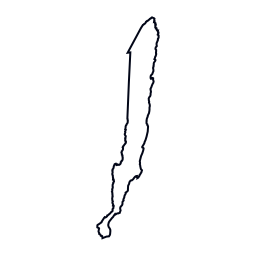 Skeiða- og Gnúpverjahreppur, Suðurland, Iceland (Natural Earth projection), rotated 308°
{"feature_id": "244011B10209439874100", "entity_name": "Skeiða- og Gnúpverjahreppur", "entity_type": "district", "adm_level": 2, "iso_a3": "ISL", "parent_name": "Iceland", "parent_adm1": "Suðurland", "projection": "natural_earth1", "projection_center": [-19.543, 64.398], "detail": "fine", "context": "isolated", "style": "outline", "palette": "ink", "viewbox_px": 256, "rotation_deg": 308, "n_neighbors": 0, "source": "geoboundaries", "source_scale": "gbopen_adm2", "svg_char_len": 5644}
<svg xmlns="http://www.w3.org/2000/svg" viewBox="0 0 256 256"><g transform="rotate(308 128 128)"><path d="M187.1,81.4L189.0,83.3L164.9,100.3L134.9,121.8L134.9,122.1L134.0,122.9L133.9,123.1L133.6,123.3L133.5,123.5L132.6,124.0L131.9,124.5L130.1,124.6L129.4,124.9L128.7,124.8L127.8,125.2L127.5,125.3L127.2,125.6L126.1,126.3L125.2,126.6L125.2,126.9L125.2,127.4L124.5,127.5L124.2,127.7L123.5,127.8L122.9,128.6L121.1,129.2L120.4,130.4L120.4,130.6L120.3,131.1L119.7,131.6L118.5,131.9L118.3,132.0L118.3,132.3L117.8,132.4L117.6,132.5L117.4,132.9L116.5,133.4L116.0,134.1L116.2,134.5L115.8,135.0L114.5,135.5L114.2,135.3L113.4,135.5L112.7,135.4L111.6,135.5L110.7,135.4L110.2,135.5L110.3,135.7L110.2,135.8L109.4,135.8L109.3,136.1L108.8,136.7L107.8,137.3L106.2,137.5L105.7,137.4L105.0,137.9L104.5,138.0L104.3,138.4L104.4,138.5L103.8,139.2L103.2,139.6L103.3,140.0L103.2,140.2L102.7,140.6L102.7,140.8L101.8,141.4L101.7,141.6L101.7,141.8L100.9,142.5L100.4,142.7L100.0,143.1L99.1,143.4L98.4,143.4L98.2,143.2L97.7,143.5L96.6,143.3L96.1,143.8L95.2,144.1L94.8,144.1L94.6,144.0L93.8,143.9L93.4,143.6L93.2,143.1L92.9,142.9L92.9,142.3L92.0,142.1L91.8,141.9L92.3,141.5L92.4,141.3L92.2,141.0L92.4,140.4L92.2,140.3L91.7,140.4L91.4,140.2L91.2,139.8L88.9,140.4L88.6,140.7L87.0,141.4L85.8,141.3L85.2,141.9L84.6,142.0L84.5,142.4L84.0,142.7L83.3,143.4L82.7,143.6L82.1,143.9L81.9,144.3L81.5,144.5L81.2,145.3L79.8,146.5L79.5,147.0L78.1,147.9L78.4,148.4L78.1,148.5L77.9,149.0L77.6,149.3L77.6,149.6L77.4,149.8L76.9,150.0L76.0,150.0L75.6,150.1L75.3,150.5L74.1,150.7L73.3,151.2L73.1,151.4L72.6,151.7L72.4,152.1L71.8,152.6L70.9,152.9L70.6,153.2L70.0,153.2L69.1,154.1L68.2,154.6L67.9,154.6L67.7,155.1L67.2,155.5L67.1,155.8L66.1,156.5L65.7,157.1L65.0,157.5L64.8,157.9L64.5,157.9L64.1,158.1L63.5,158.6L63.1,158.7L62.5,159.1L61.8,159.8L61.6,160.1L61.0,160.5L60.9,161.2L59.5,161.7L59.4,162.0L59.0,162.4L58.8,163.1L58.2,163.7L57.6,163.9L57.7,164.2L58.0,164.3L57.8,164.8L56.7,165.1L56.1,165.7L55.9,165.8L54.5,165.8L53.2,166.9L52.1,166.8L51.3,166.5L49.7,166.5L48.1,166.1L47.5,166.1L47.2,165.9L46.6,165.8L46.2,165.5L45.8,165.8L45.6,165.9L44.2,165.6L43.6,165.3L43.5,164.6L43.4,164.6L42.6,164.5L38.3,164.9L37.9,164.9L37.4,165.2L34.1,164.2L32.9,163.7L32.4,163.8L30.8,165.0L30.9,165.7L31.2,166.5L31.1,167.0L28.4,168.4L27.9,169.1L27.5,170.0L26.8,170.4L27.0,171.9L26.6,172.5L26.3,172.8L26.3,173.0L26.4,173.3L26.9,173.9L26.9,174.2L26.4,174.6L26.0,175.3L25.5,175.7L27.2,176.7L27.8,177.1L29.2,177.9L30.9,179.7L32.3,179.6L33.2,179.3L33.7,179.0L36.0,177.5L36.9,176.7L37.3,176.0L37.6,175.4L38.1,173.8L38.9,172.6L39.6,172.0L41.7,171.0L42.9,170.8L47.3,170.8L47.8,170.9L48.8,171.0L50.4,170.8L52.1,170.8L51.9,171.2L51.9,171.3L53.6,171.9L54.6,172.6L54.9,173.1L55.8,173.4L56.0,173.7L58.5,172.9L59.5,171.6L60.5,170.9L61.1,170.7L63.6,170.8L64.1,170.7L65.0,170.2L66.3,169.2L66.8,169.1L68.1,169.2L68.4,168.7L69.0,168.3L70.1,168.0L70.8,167.9L72.0,167.2L73.0,166.8L73.7,166.8L75.0,166.5L75.2,166.4L75.6,165.9L77.7,166.5L78.6,166.4L79.0,166.2L80.3,165.2L80.7,165.0L81.3,164.5L82.7,163.6L84.5,163.3L85.2,163.0L85.9,162.6L86.7,162.4L88.1,162.4L88.8,162.8L89.0,163.2L90.7,163.6L92.8,163.5L94.0,163.6L94.7,163.8L95.3,164.2L95.6,164.5L94.9,164.8L94.7,165.0L94.8,165.4L94.7,165.8L94.8,166.1L94.4,166.3L95.1,166.6L97.0,166.5L97.9,166.1L98.7,166.2L100.2,165.9L101.2,165.9L102.2,165.4L103.1,165.2L103.4,164.8L103.5,163.7L103.9,163.0L105.6,161.0L106.2,160.5L106.7,159.6L107.8,159.1L109.1,157.7L109.8,157.4L113.9,155.6L117.0,154.8L119.7,153.8L121.3,153.0L121.6,152.8L121.7,152.4L121.7,152.1L121.5,151.2L121.9,150.8L125.2,150.4L126.2,150.2L127.2,149.7L129.3,149.2L132.7,147.9L137.4,145.7L139.3,144.4L141.4,143.0L141.9,142.4L142.0,141.7L142.8,141.0L142.9,140.1L143.2,139.6L144.0,139.0L145.0,138.4L145.0,138.2L147.0,137.1L149.1,136.5L149.9,136.0L152.9,135.3L153.8,134.7L154.4,134.5L156.2,133.3L157.1,132.5L158.7,131.7L159.2,131.3L159.8,130.7L160.7,129.4L160.9,128.9L162.0,128.3L162.5,127.5L164.1,126.1L165.5,125.8L166.6,125.9L167.3,125.7L168.1,125.3L169.3,124.4L170.1,124.1L170.9,123.6L171.5,122.8L172.1,122.3L172.5,121.7L174.8,121.2L176.1,120.7L178.1,120.2L179.2,120.1L180.6,119.4L181.5,118.0L182.7,117.2L182.7,116.9L182.5,116.4L182.2,116.1L181.8,116.0L181.1,116.0L180.9,115.8L181.3,115.0L182.7,114.0L183.5,113.7L185.5,113.9L185.9,113.8L186.9,113.4L188.5,113.0L190.0,111.7L190.2,111.4L190.7,110.8L191.1,110.6L192.1,110.4L192.4,109.9L193.6,109.5L193.8,109.3L194.0,109.0L195.0,108.4L195.7,108.2L197.7,108.1L198.3,107.9L198.6,107.6L198.5,106.4L199.8,106.1L201.1,105.5L202.0,105.5L202.6,105.1L203.3,104.9L203.8,104.6L203.9,104.3L204.5,103.7L205.4,103.2L206.2,102.6L206.8,102.2L207.0,101.7L207.0,101.3L207.2,101.0L207.7,100.6L208.7,100.2L209.9,100.3L210.2,100.3L210.5,100.1L210.9,99.5L212.3,98.4L212.8,98.2L215.5,97.5L215.6,97.3L216.4,97.0L216.6,96.7L216.8,96.6L217.7,96.6L218.0,96.5L219.7,95.2L219.8,95.1L219.7,94.7L220.0,94.3L219.9,93.9L220.4,93.7L221.5,93.6L222.1,93.1L222.0,92.7L222.3,92.4L222.4,92.1L222.7,91.8L223.2,91.6L222.8,91.2L222.8,90.9L223.1,90.6L223.1,90.2L223.5,89.9L223.6,89.4L223.7,89.2L224.2,89.0L224.2,88.9L223.7,88.5L223.9,88.3L224.0,87.6L224.6,87.2L225.3,86.9L225.2,86.7L225.5,86.4L226.0,86.3L226.4,86.3L226.8,86.1L226.8,85.8L226.6,85.5L226.7,85.4L227.3,85.2L227.5,85.0L227.3,84.6L227.4,84.4L227.5,84.3L227.6,84.0L227.9,83.8L227.8,83.3L228.0,83.2L227.8,83.1L229.0,82.4L229.6,81.9L230.4,81.6L230.5,80.6L230.1,79.8L230.0,78.9L229.8,78.7L228.9,78.5L228.6,78.6L228.1,78.3L227.6,78.2L227.4,78.0L226.5,78.0L225.6,77.7L224.7,77.6L224.3,77.4L224.1,77.1L223.1,77.1L222.8,76.8L221.5,77.1L221.0,77.1L220.1,76.9L219.7,76.6L218.9,76.6L218.4,76.3L214.5,76.7L187.1,81.4Z" fill="none" stroke="#020617" stroke-width="2"/></g></svg>